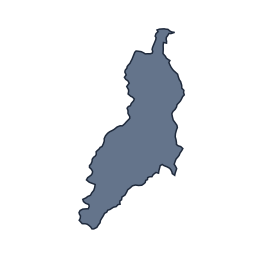 Cachoeira Paulista, São Paulo, Brazil (Mercator projection), rotated 57°
{"feature_id": "56859067B53695933502393", "entity_name": "Cachoeira Paulista", "entity_type": "district", "adm_level": 2, "iso_a3": "BRA", "parent_name": "Brazil", "parent_adm1": "São Paulo", "projection": "mercator", "projection_center": [-44.996, -22.71], "detail": "fine", "context": "isolated", "style": "filled", "palette": "slate", "viewbox_px": 256, "rotation_deg": 57, "n_neighbors": 0, "source": "geoboundaries", "source_scale": "gbopen_adm2", "svg_char_len": 2893}
<svg xmlns="http://www.w3.org/2000/svg" viewBox="0 0 256 256"><g transform="rotate(57 128 128)"><path d="M175.1,93.2L172.3,93.9L170.3,95.6L168.2,96.3L166.6,95.3L164.2,94.2L161.1,93.2L158.6,91.3L156.8,89.3L155.6,87.9L154.6,86.4L152.4,85.5L149.2,85.6L146.1,85.8L143.1,84.8L139.9,83.5L138.6,81.3L138.0,78.3L136.9,76.0L135.1,74.1L134.4,71.2L133.8,69.2L132.9,67.5L131.4,65.0L130.9,62.8L128.4,62.0L126.8,60.6L124.0,61.2L121.4,59.7L119.4,59.1L117.7,58.6L115.7,58.7L113.8,58.3L111.7,57.7L109.9,57.1L106.8,57.9L105.0,58.4L103.2,58.7L100.4,58.8L97.2,58.4L95.4,58.1L94.2,56.1L92.2,57.1L90.3,57.8L88.3,57.6L84.7,58.1L80.8,55.3L78.1,53.7L75.6,51.7L77.8,49.5L76.3,48.4L74.4,47.7L72.8,46.4L72.2,44.6L71.0,42.2L72.2,40.6L73.2,36.8L71.3,39.0L69.6,40.0L67.0,40.8L65.9,42.2L64.5,43.7L63.4,45.6L62.2,47.8L61.6,50.3L63.6,50.4L64.1,53.1L65.8,55.2L67.5,55.2L69.1,56.7L70.5,58.7L72.2,61.2L73.8,63.5L75.2,65.0L77.2,65.5L78.4,66.8L77.9,68.9L76.4,71.1L75.2,73.2L73.4,74.0L71.1,75.4L69.1,77.7L67.8,79.3L68.2,81.1L72.6,87.3L73.8,89.5L74.8,91.1L75.4,93.5L76.0,95.2L77.3,96.5L78.0,98.8L79.4,100.2L82.5,100.6L83.5,103.4L85.9,103.4L88.4,102.4L91.1,102.6L91.7,104.4L92.5,106.5L96.2,106.7L97.7,107.6L99.5,109.4L102.9,108.4L104.5,107.4L107.1,106.9L108.3,108.6L109.2,111.9L110.6,113.8L110.2,116.1L110.9,118.0L113.4,118.5L115.8,120.1L117.5,120.2L119.3,120.3L120.9,121.3L121.5,124.0L122.1,126.6L122.7,128.6L123.1,131.5L121.8,133.6L121.2,136.6L121.6,140.3L121.5,142.6L121.2,145.0L121.2,147.1L121.6,149.0L122.3,151.1L123.9,153.7L126.0,155.0L127.9,157.4L129.4,159.9L129.1,161.9L129.8,163.5L130.5,167.6L133.0,169.1L133.8,171.0L133.8,172.8L134.7,175.0L136.5,176.4L138.0,178.6L138.5,180.7L140.1,181.8L142.5,181.2L145.0,181.3L146.5,182.5L147.4,184.3L147.6,186.9L147.7,188.9L148.9,191.1L152.2,190.1L153.7,189.1L157.5,186.3L159.8,188.4L161.7,190.7L162.7,193.8L164.0,196.1L163.5,199.1L163.7,201.5L163.2,204.8L165.5,205.4L168.0,204.6L170.8,202.6L172.6,203.2L174.1,205.3L172.8,207.5L171.4,210.1L171.1,213.1L172.2,215.1L173.9,215.7L175.8,215.7L177.8,217.3L178.8,219.2L183.3,218.5L185.0,216.0L186.5,214.6L188.7,213.7L190.7,213.2L193.0,213.2L194.0,211.7L194.4,208.3L193.1,205.6L192.3,203.1L190.5,201.4L189.5,199.4L188.1,196.4L186.8,194.2L187.0,191.7L185.9,189.8L186.5,187.5L186.5,185.5L186.5,183.4L187.5,180.7L186.8,178.2L187.6,176.1L186.0,175.5L184.7,174.3L184.7,172.5L182.6,170.7L182.6,167.1L181.1,164.2L179.6,161.8L179.5,159.4L178.9,155.7L179.9,152.8L182.0,150.4L183.5,147.6L183.4,145.1L183.1,143.3L181.6,141.7L181.9,139.8L180.3,138.5L180.7,136.3L181.9,134.5L180.8,132.2L180.5,128.8L182.5,127.0L180.5,125.2L178.7,123.2L177.1,121.5L177.2,119.2L178.8,118.5L180.3,117.5L181.8,116.4L184.5,115.0L186.6,114.8L188.8,115.1L190.4,115.7L193.1,114.6L191.5,113.0L189.9,111.0L188.6,109.3L185.9,109.0L183.5,109.0L181.1,105.9L180.1,104.4L179.6,102.4L178.8,100.1L177.3,97.9L176.1,95.0L175.1,93.2Z" fill="#64748b" stroke="#1e293b" stroke-width="1.5"/></g></svg>